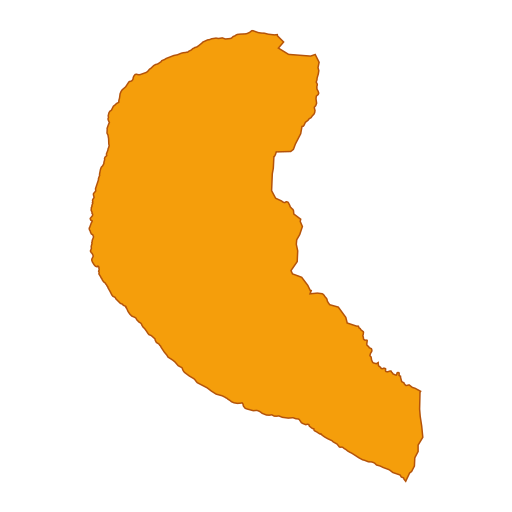 West Malo, Sanma, Vanuatu
{"feature_id": "77236927B10986826820410", "entity_name": "West Malo", "entity_type": "district", "adm_level": 2, "iso_a3": "VUT", "parent_name": "Vanuatu", "parent_adm1": "Sanma", "projection": "mercator", "projection_center": [167.119, -15.678], "detail": "fine", "context": "isolated", "style": "filled", "palette": "amber", "viewbox_px": 512, "rotation_deg": 0, "n_neighbors": 0, "source": "geoboundaries", "source_scale": "gbopen_adm2", "svg_char_len": 5969}
<svg xmlns="http://www.w3.org/2000/svg" viewBox="0 0 512 512"><path d="M277.3,34.6L274.5,34.9L268.2,34.2L264.4,33.2L261.6,33.1L258.2,32.6L253.0,30.7L251.8,30.7L249.6,32.4L246.9,33.6L245.2,33.9L240.5,34.1L237.6,34.4L236.2,34.9L235.1,35.8L233.2,36.5L231.4,38.2L229.6,38.6L225.4,39.0L222.3,37.9L218.5,38.5L216.0,38.1L211.5,38.8L209.7,39.6L207.6,39.9L202.8,42.1L202.1,42.9L198.8,45.6L196.6,47.1L194.8,47.5L194.6,47.8L192.8,48.6L191.3,50.0L188.7,51.3L187.5,52.3L186.4,52.2L185.6,52.5L183.4,52.7L181.3,53.2L177.4,54.8L173.8,55.5L166.1,58.5L164.6,59.5L161.7,60.7L161.1,61.7L158.6,63.4L157.4,64.1L155.6,64.5L153.7,65.6L151.0,68.2L149.5,69.2L147.6,71.5L146.1,72.5L139.9,74.7L138.2,74.7L136.4,74.2L135.1,74.5L133.7,76.3L133.1,78.1L133.2,78.5L132.7,79.7L132.0,80.6L130.9,81.3L129.7,81.4L128.9,81.9L125.6,86.9L122.2,89.8L121.1,91.4L120.1,93.8L119.5,98.2L118.9,100.3L118.7,102.4L116.5,103.5L115.1,104.9L113.4,106.2L111.4,110.2L109.8,111.3L108.9,112.9L108.2,115.8L108.5,117.4L108.0,118.9L108.3,120.2L109.4,122.6L108.7,123.9L107.1,128.3L107.2,129.2L107.0,133.1L108.0,135.1L108.6,138.8L108.8,144.1L109.2,145.4L108.7,147.4L108.1,148.7L107.9,150.1L106.4,154.0L106.7,155.6L105.0,157.2L104.5,158.7L104.7,159.5L103.9,162.4L103.9,163.5L102.6,165.9L101.3,167.2L100.5,169.3L99.5,174.3L99.7,175.2L98.5,178.4L98.4,180.0L95.5,188.7L95.7,191.0L93.5,193.6L93.4,194.7L94.1,197.4L93.4,198.6L92.9,199.2L92.5,200.3L92.8,201.6L92.4,202.6L92.8,203.1L91.9,205.4L92.0,206.2L91.3,207.7L91.3,209.0L91.1,210.1L92.0,212.2L92.0,213.4L92.5,213.9L92.7,214.7L92.4,215.8L90.3,218.3L90.2,218.6L90.7,220.1L92.0,220.7L92.2,221.2L91.2,223.2L89.6,227.6L89.2,228.1L89.4,229.7L90.1,230.8L90.5,232.2L91.4,234.0L92.7,234.7L93.5,236.7L93.4,237.4L92.2,240.4L92.3,241.2L91.8,242.3L92.0,243.5L91.2,246.4L91.4,248.5L90.4,251.0L91.2,252.6L92.1,253.4L93.1,255.5L93.2,256.3L91.8,259.2L91.8,260.3L92.4,262.0L94.0,264.6L95.0,265.8L95.6,266.3L97.1,266.8L97.5,266.7L97.9,266.1L98.6,266.6L99.0,267.8L98.9,268.5L99.2,269.7L98.6,271.2L99.2,272.5L98.9,273.9L100.6,276.7L101.2,278.0L101.7,278.5L102.3,279.9L103.6,281.8L105.2,283.0L105.9,284.2L106.5,284.8L107.1,286.1L107.8,286.8L107.9,287.6L110.0,291.3L111.8,294.9L112.9,296.3L115.0,297.3L115.5,298.0L115.8,298.8L120.4,303.4L122.5,304.2L123.3,305.3L125.0,306.0L125.6,306.5L125.8,307.1L126.0,306.9L128.1,311.6L129.9,314.2L131.8,316.1L134.7,317.3L136.0,318.2L136.7,319.7L139.0,322.1L140.6,323.0L141.5,324.1L142.0,325.4L143.3,327.4L144.5,328.4L146.6,331.3L147.8,333.2L148.9,334.6L151.3,335.6L154.9,338.8L155.3,340.4L156.4,342.5L158.9,344.0L159.9,345.5L160.5,345.9L161.0,347.1L164.3,352.1L166.9,355.2L168.0,357.1L172.7,360.1L174.9,361.9L178.2,365.7L181.8,367.6L182.3,368.3L182.7,369.7L183.6,371.3L184.5,372.4L189.3,376.0L193.9,378.7L195.0,379.8L196.3,381.6L197.3,382.7L207.1,387.8L211.4,391.1L216.1,394.1L222.2,395.8L225.0,397.2L226.0,397.9L227.0,398.3L227.8,399.1L230.2,400.6L231.4,401.7L234.0,402.8L237.5,403.4L241.1,403.1L242.0,402.8L242.3,403.0L243.2,404.5L243.2,405.3L243.5,406.2L245.2,408.3L247.1,409.0L253.3,410.7L256.7,410.4L258.2,410.8L260.2,411.8L262.1,413.3L266.4,415.0L269.3,415.2L271.8,414.8L274.2,416.1L276.5,416.2L278.8,415.9L282.3,417.3L288.3,418.1L293.0,417.7L295.7,418.7L298.4,419.0L299.3,419.6L301.4,422.7L302.8,423.5L305.8,424.7L307.4,424.2L308.5,424.5L309.1,424.9L309.1,425.7L309.6,426.3L311.7,428.0L312.7,428.6L313.8,428.7L314.1,430.3L314.6,430.8L316.7,431.9L319.6,433.8L320.3,434.1L320.5,433.8L321.2,434.0L321.9,435.0L324.7,437.0L327.9,438.8L332.0,440.7L333.1,441.8L337.1,444.1L339.4,447.0L340.3,447.2L341.9,447.1L343.0,447.5L344.1,448.5L345.9,449.5L347.7,451.0L350.3,452.5L351.3,452.9L358.9,457.8L362.6,459.8L364.6,460.3L368.4,461.8L371.5,461.9L373.1,462.4L374.6,463.1L376.5,465.0L379.8,465.9L381.6,466.7L382.7,467.3L388.6,469.5L389.6,470.0L392.8,472.5L400.1,475.0L401.3,477.0L403.6,477.9L404.0,479.2L405.7,481.3L409.6,473.0L411.6,471.5L414.4,466.1L414.8,457.8L418.1,451.5L418.1,445.1L422.8,437.3L421.7,426.1L420.2,416.4L419.6,409.1L420.0,392.3L420.6,391.3L415.1,388.3L412.3,387.4L409.1,384.9L406.5,385.5L405.7,385.4L404.3,383.8L404.0,382.9L401.7,381.6L400.6,377.6L400.5,376.2L399.1,375.5L399.2,373.8L399.0,372.8L398.7,372.6L397.8,372.5L397.0,373.0L396.7,374.6L396.1,375.2L393.1,374.0L392.4,372.9L391.5,372.1L391.2,371.2L390.9,371.0L390.1,371.0L387.3,371.9L385.7,371.4L385.4,370.1L385.7,369.0L385.4,368.6L383.9,368.1L383.6,368.4L382.3,368.7L381.1,368.4L380.6,367.4L378.8,366.0L378.5,365.6L378.2,363.6L378.2,362.6L376.3,363.7L373.4,362.9L372.7,362.4L371.6,360.1L371.1,357.0L369.9,355.7L369.9,355.3L370.6,353.2L371.7,351.5L371.9,350.4L371.7,349.5L371.4,348.7L369.2,347.7L368.6,346.5L367.7,345.9L366.8,344.9L366.8,343.6L367.2,340.7L367.1,340.3L366.3,340.1L365.0,340.2L363.6,339.3L363.3,337.1L362.8,335.7L363.2,334.5L363.5,332.2L363.3,331.7L360.9,329.8L360.2,328.6L359.0,327.8L358.4,326.2L356.5,326.1L347.2,323.0L345.8,317.4L338.3,307.1L329.7,304.7L328.2,302.6L327.3,301.0L327.1,299.8L326.6,298.5L324.8,296.5L324.2,295.4L323.0,294.2L322.1,293.7L317.4,293.1L310.0,293.8L311.5,290.0L310.6,291.2L307.8,285.4L301.7,277.3L292.5,273.9L291.0,270.6L297.2,261.6L297.7,250.9L296.3,244.3L296.7,239.8L299.7,234.6L302.4,226.5L300.2,221.4L300.7,219.2L293.8,214.0L293.5,210.7L292.9,209.4L292.0,208.7L290.2,206.8L289.8,205.5L288.2,202.4L286.9,201.8L286.2,201.7L285.1,202.5L284.6,202.6L283.8,202.4L282.7,201.9L281.6,201.0L275.6,198.2L271.6,190.7L272.3,173.8L273.3,168.3L273.9,156.6L274.4,156.5L275.4,154.6L276.3,151.9L290.7,151.5L293.4,149.4L295.4,144.0L300.7,133.7L302.0,126.4L303.3,126.2L304.0,125.3L305.4,122.3L308.0,120.3L309.1,118.8L311.1,117.6L312.2,116.0L314.0,114.1L314.7,112.5L315.0,110.5L314.3,107.8L314.4,107.1L315.7,105.7L316.6,103.2L316.0,98.8L316.2,96.8L316.5,95.9L318.2,94.5L318.7,93.1L318.1,91.2L316.8,88.9L317.0,88.0L316.7,87.1L317.3,84.8L317.2,84.0L316.2,82.1L317.0,79.7L317.0,78.8L317.3,77.3L318.3,74.0L318.8,70.7L318.0,67.6L319.1,62.3L315.2,54.5L310.6,56.1L288.6,54.4L278.4,48.1L283.6,42.0L277.5,35.9L277.3,34.6Z" fill="#f59e0b" stroke="#b45309" stroke-width="1.5"/></svg>